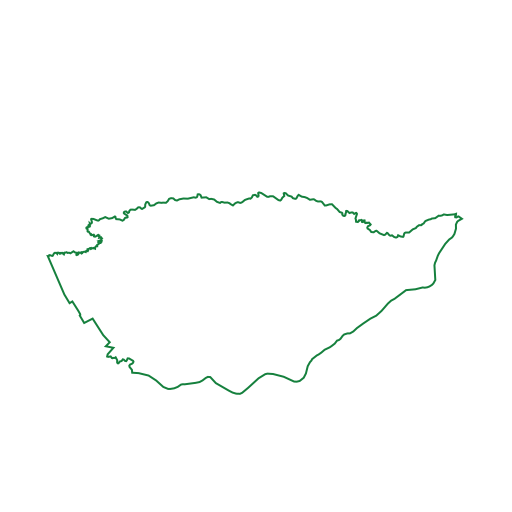 Goya, Corrientes, Argentina, rotated 228°
{"feature_id": "61730980B9171790116436", "entity_name": "Goya", "entity_type": "district", "adm_level": 2, "iso_a3": "ARG", "parent_name": "Argentina", "parent_adm1": "Corrientes", "projection": "orthographic", "projection_center": [-59.153, -29.535], "detail": "fine", "context": "isolated", "style": "outline", "palette": "green", "viewbox_px": 512, "rotation_deg": 228, "n_neighbors": 0, "source": "geoboundaries", "source_scale": "gbopen_adm2", "svg_char_len": 6117}
<svg xmlns="http://www.w3.org/2000/svg" viewBox="0 0 512 512"><g transform="rotate(228 256 256)"><path d="M391.6,154.4L390.7,153.8L391.0,152.2L390.8,151.9L390.3,152.9L389.4,152.8L389.2,152.3L389.1,151.9L389.7,151.4L389.8,150.1L390.3,150.0L390.6,149.3L390.4,148.7L389.8,148.4L388.6,148.8L387.0,147.3L386.6,147.3L385.9,148.0L383.2,147.6L382.8,148.1L382.4,148.0L382.2,147.4L381.7,147.5L380.4,149.7L379.9,149.7L379.1,148.7L378.6,148.8L377.8,149.7L377.3,152.9L376.9,153.0L376.1,152.2L375.4,152.3L375.4,153.0L374.8,152.7L374.4,151.8L373.6,153.4L372.6,153.3L373.0,152.7L370.6,151.7L369.9,150.5L370.2,150.2L371.7,150.8L372.4,149.1L372.0,149.2L371.8,148.1L370.4,148.3L370.8,147.8L370.2,147.2L370.5,145.3L369.5,144.5L370.3,143.5L370.0,142.4L370.2,141.4L369.4,141.6L369.1,141.3L370.8,140.5L370.7,140.0L371.4,139.5L371.7,137.9L372.2,137.9L372.6,138.4L373.0,137.7L372.8,137.3L373.7,135.5L372.4,135.0L372.2,134.2L373.3,133.8L373.4,133.2L372.8,132.1L373.9,131.5L374.4,130.7L374.9,129.7L374.4,128.8L374.6,128.0L375.0,128.0L374.9,129.0L375.3,129.1L375.7,128.8L375.5,127.9L377.4,126.6L377.5,126.1L376.8,126.3L376.6,126.1L376.2,124.8L376.6,123.4L377.1,123.3L377.3,123.9L376.9,124.1L377.0,124.5L377.4,124.8L377.9,124.6L378.4,124.9L379.4,124.0L381.6,123.5L382.2,119.9L383.5,119.3L384.4,118.0L385.5,117.8L386.1,116.5L386.5,116.2L386.6,115.6L385.7,114.3L386.2,114.1L387.7,114.4L389.5,112.3L388.7,112.1L388.9,111.7L390.7,111.4L391.4,110.5L390.7,109.7L391.8,109.6L392.9,108.8L393.1,107.6L392.2,105.1L392.4,104.6L394.7,103.3L395.0,102.9L394.5,101.8L395.2,101.2L355.6,87.8L345.7,85.9L345.1,89.1L334.4,87.3L330.7,86.5L329.8,86.0L329.7,85.2L321.2,83.5L318.8,92.7L299.4,89.5L289.8,89.6L289.4,84.0L283.2,88.6L282.2,80.0L280.9,78.1L279.9,78.7L278.6,80.8L276.6,80.6L276.0,81.0L275.9,81.6L274.7,82.9L274.6,83.9L271.3,83.1L270.0,81.7L269.0,81.4L268.5,81.6L268.3,82.1L268.7,84.2L267.9,85.8L268.3,87.9L267.4,88.4L265.6,88.5L264.7,89.2L265.0,90.4L265.8,92.1L264.8,93.1L260.3,94.5L259.4,94.2L258.9,93.0L258.9,91.8L259.6,89.8L259.3,88.5L258.2,87.8L254.4,87.6L252.1,85.9L247.5,90.4L239.0,96.2L230.3,98.5L220.7,99.5L216.1,101.7L214.6,103.3L212.4,106.7L211.1,110.3L210.6,114.3L209.6,115.9L208.4,117.1L202.1,126.3L200.1,129.7L199.3,133.0L199.0,137.0L198.4,139.3L196.6,141.0L188.4,141.1L174.2,145.7L170.2,147.2L166.9,149.2L164.3,151.9L163.6,154.2L163.3,161.8L163.4,176.1L162.0,183.8L160.9,185.8L156.9,189.7L147.7,195.8L137.2,200.3L135.4,202.1L133.9,204.8L133.6,210.0L135.3,214.5L139.5,220.7L141.0,225.1L141.2,227.2L141.8,228.7L141.4,234.8L140.9,236.6L140.5,240.0L140.4,244.3L138.8,249.7L138.5,251.9L138.2,255.9L138.9,259.6L138.1,261.3L137.9,263.3L138.7,266.9L138.7,269.0L137.3,272.1L135.6,274.1L134.8,277.8L134.9,282.9L134.1,290.4L132.9,299.1L131.2,305.4L131.2,312.5L132.4,322.3L132.4,326.6L131.5,330.2L130.2,344.7L124.6,352.2L121.1,358.8L119.5,360.2L118.1,362.4L117.3,364.5L116.8,367.3L116.9,369.4L118.2,373.2L129.7,382.4L131.2,384.6L132.1,386.8L134.5,391.2L135.6,394.0L138.4,404.8L139.0,410.7L138.6,413.8L138.8,415.4L139.6,418.2L142.5,422.9L145.6,425.6L146.8,428.4L146.8,429.8L145.9,433.9L149.9,433.0L150.2,432.5L150.5,430.8L151.5,430.0L152.3,430.6L152.6,432.0L153.5,432.9L154.2,431.3L158.5,425.5L161.2,423.4L161.7,421.3L162.8,419.5L163.7,418.8L164.2,414.5L166.2,411.7L166.4,410.5L167.4,408.8L168.5,405.7L168.6,404.8L168.0,402.4L168.5,400.3L168.2,399.8L168.3,399.4L169.8,397.8L170.1,395.0L169.8,393.5L170.9,390.3L171.0,385.5L173.3,382.9L173.6,382.0L173.5,381.2L171.8,378.6L171.8,378.1L173.8,376.5L176.3,375.5L175.5,373.9L176.0,372.4L177.6,371.4L180.4,370.9L180.8,369.8L181.6,369.2L182.6,369.0L185.0,369.1L185.6,368.8L185.4,366.3L185.9,365.1L190.2,363.0L193.5,362.6L194.3,362.3L194.7,361.1L194.9,359.3L196.7,357.7L199.2,358.0L201.8,357.3L202.7,357.8L203.2,359.1L202.5,361.4L202.7,362.3L205.3,362.3L205.8,361.1L206.6,360.8L206.7,360.0L207.3,359.3L208.1,359.3L209.8,360.5L210.2,360.1L209.7,358.6L209.8,358.0L210.4,357.6L211.6,358.7L212.4,358.4L212.5,357.7L213.5,356.6L213.6,356.1L213.1,355.8L213.1,354.4L214.5,353.3L216.2,354.6L217.3,355.0L219.7,359.2L220.9,359.4L221.2,359.0L221.6,357.1L223.6,357.0L224.6,355.9L225.4,354.2L228.2,354.0L228.9,353.5L229.1,353.0L228.1,352.1L227.3,350.3L226.7,350.1L226.4,349.3L226.5,348.6L227.4,347.8L229.0,347.8L230.0,348.8L230.7,348.8L232.7,347.6L236.6,347.7L238.3,347.3L243.6,347.1L245.1,345.3L246.6,342.0L247.5,340.9L252.0,341.2L253.2,340.7L255.1,338.5L256.7,337.6L259.1,337.1L259.8,336.6L261.7,333.7L264.9,332.8L267.2,331.6L269.5,329.7L272.9,328.6L272.8,327.3L271.9,324.8L271.9,323.8L272.4,323.3L274.3,322.1L276.3,322.2L279.5,320.3L282.7,320.1L283.9,319.2L284.0,318.5L281.7,317.2L281.7,314.6L280.9,312.3L281.0,311.1L282.5,310.1L288.8,308.7L289.6,308.0L291.2,306.1L291.4,305.1L292.6,303.9L299.2,302.1L301.2,300.8L301.3,299.7L299.1,298.3L298.7,297.6L298.8,297.1L299.1,296.6L301.2,296.6L302.1,296.2L303.2,294.3L302.3,292.1L302.3,290.2L303.3,289.5L304.6,286.5L305.1,285.1L305.2,281.9L305.6,280.5L306.0,279.8L308.1,278.6L308.8,277.0L309.1,275.7L309.0,272.7L311.9,271.7L312.8,271.7L314.8,270.6L316.7,268.3L318.9,266.9L319.4,266.2L319.4,265.0L319.8,264.6L322.4,263.2L326.0,262.7L328.4,261.0L329.6,259.3L332.9,258.3L335.8,254.6L338.2,255.5L339.4,255.3L340.1,254.9L340.8,253.9L339.5,252.1L339.3,251.4L339.7,250.2L341.3,249.0L344.2,243.7L347.3,240.5L349.4,237.0L350.1,234.4L351.7,233.3L354.1,233.1L355.8,231.6L356.6,229.7L355.8,227.0L355.8,224.7L357.9,222.6L358.6,221.5L360.9,219.4L361.8,217.1L362.0,214.2L363.6,211.7L364.1,211.2L365.0,211.0L366.9,211.7L368.6,211.6L369.1,211.1L369.3,210.3L368.4,208.2L366.8,206.6L366.6,205.9L367.2,202.8L367.8,202.5L369.8,202.3L370.7,201.4L371.0,200.8L370.9,198.8L371.2,197.0L373.4,195.0L374.4,193.7L374.2,191.9L373.4,190.8L373.6,189.6L376.0,189.3L376.7,188.4L376.9,187.7L376.9,187.1L376.4,186.5L375.8,186.4L372.1,187.4L370.8,186.6L370.9,185.7L371.7,184.9L371.9,184.0L371.3,181.9L371.6,180.4L374.4,179.2L376.9,176.8L378.0,177.0L379.3,177.8L379.8,177.6L380.4,174.5L381.8,172.2L382.3,171.5L385.8,170.0L386.5,167.5L387.8,164.6L387.6,163.3L387.8,162.5L388.5,161.9L392.3,160.0L393.7,158.6L393.7,158.1L390.9,156.7L390.4,155.9L390.6,154.5L391.6,154.4Z" fill="none" stroke="#15803d" stroke-width="2"/></g></svg>